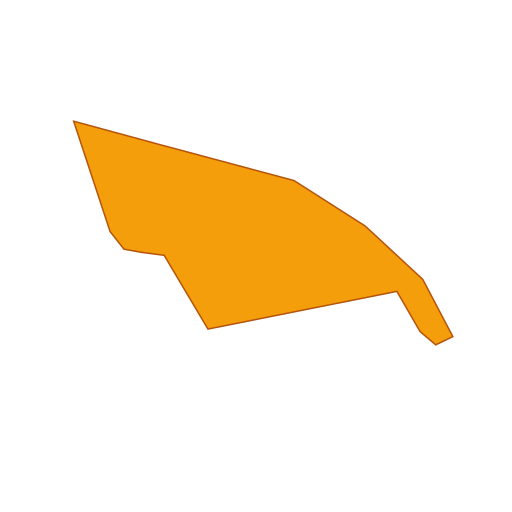 Dong-gu [East District], Incheon, South Korea, rotated 15°
{"feature_id": "91817680B43546326994356", "entity_name": "Dong-gu [East District]", "entity_type": "district", "adm_level": 2, "iso_a3": "KOR", "parent_name": "South Korea", "parent_adm1": "Incheon", "projection": "mercator", "projection_center": [126.645, 37.474], "detail": "fine", "context": "isolated", "style": "filled", "palette": "amber", "viewbox_px": 512, "rotation_deg": 15, "n_neighbors": 0, "source": "geoboundaries", "source_scale": "gbopen_adm2", "svg_char_len": 361}
<svg xmlns="http://www.w3.org/2000/svg" viewBox="0 0 512 512"><g transform="rotate(15 256 256)"><path d="M228.5,339.0L401.2,253.7L434.1,286.6L452.6,295.3L467.0,282.9L423.1,235.4L353.7,198.8L273.2,173.3L185.5,173.3L130.7,173.3L45.0,173.0L108.7,270.1L126.7,283.6L144.7,282.1L167.1,279.1L228.5,339.0Z" fill="#f59e0b" stroke="#b45309" stroke-width="1.5"/></g></svg>